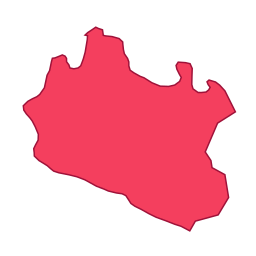 the district of Upplands-Bro, Stockholm, Sweden, rotated 184°
{"feature_id": "70781695B36454711221889", "entity_name": "Upplands-Bro", "entity_type": "district", "adm_level": 2, "iso_a3": "SWE", "parent_name": "Sweden", "parent_adm1": "Stockholm", "projection": "robinson", "projection_center": [17.683, 59.545], "detail": "fine", "context": "isolated", "style": "filled", "palette": "rose", "viewbox_px": 256, "rotation_deg": 184, "n_neighbors": 0, "source": "geoboundaries", "source_scale": "gbopen_adm2", "svg_char_len": 1562}
<svg xmlns="http://www.w3.org/2000/svg" viewBox="0 0 256 256"><g transform="rotate(184 128 128)"><path d="M22.0,151.6L33.9,171.8L39.5,177.1L43.9,180.0L50.5,181.5L52.4,179.6L51.1,176.9L48.9,174.3L50.2,171.6L52.7,169.3L57.4,168.5L60.6,168.3L65.9,171.6L67.4,175.8L67.8,183.8L68.1,191.9L70.6,196.5L75.3,197.2L82.5,197.2L84.4,193.8L83.4,190.2L80.6,185.4L78.4,182.1L79.7,178.1L84.4,174.1L90.4,172.3L98.8,172.0L107.3,174.8L115.5,179.2L119.5,180.4L126.1,183.5L129.9,185.8L131.5,190.0L131.8,194.0L133.3,197.4L136.8,201.8L138.0,205.7L139.0,211.2L139.3,213.5L143.1,216.6L150.3,218.1L156.9,218.3L159.1,218.7L160.3,224.2L164.4,225.2L167.2,226.3L170.1,224.0L172.3,222.3L174.8,220.4L177.3,217.7L174.8,217.3L174.8,213.3L176.0,200.7L177.3,194.2L178.2,190.9L179.5,186.7L182.0,184.4L186.1,183.3L190.1,183.8L191.4,186.9L193.9,189.8L194.2,193.2L195.8,195.3L198.6,196.3L202.4,194.4L205.8,192.8L208.3,192.3L209.0,188.8L210.2,179.8L212.4,175.0L214.2,162.3L214.6,161.6L218.4,155.3L221.2,152.8L225.4,150.5L229.8,147.6L234.0,142.9L233.2,138.6L230.4,135.0L226.6,131.3L224.0,128.3L220.6,122.7L217.0,115.5L216.8,109.6L219.0,104.8L220.6,100.8L220.0,97.5L219.9,97.2L219.5,93.5L214.5,89.3L205.9,84.8L202.3,82.0L199.1,79.8L193.9,78.5L183.6,77.2L175.6,75.8L167.4,73.3L155.3,67.7L147.7,65.4L143.3,63.8L135.1,62.4L129.3,62.0L125.4,60.4L123.0,57.2L119.8,52.9L115.6,50.4L109.0,47.7L101.4,44.1L93.6,40.9L84.1,38.2L74.5,35.2L68.3,33.7L59.2,29.7L54.3,39.8L32.0,47.6L22.8,65.7L28.1,88.2L41.4,94.3L43.0,101.3L49.3,109.5L39.0,139.1L22.0,151.6Z" fill="#f43f5e" stroke="#9f1239" stroke-width="1.5"/></g></svg>